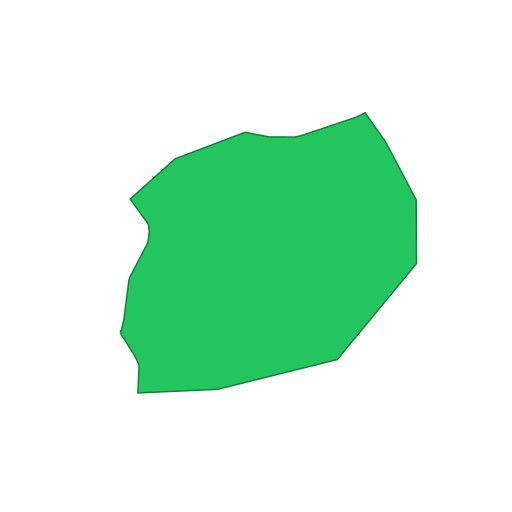 an SVG outline of Saint Philip, rotated 35°
{"feature_id": "BRB-1998", "entity_name": "Saint Philip", "entity_type": "Parish", "adm_level": 1, "iso_a3": "BRB", "parent_name": "Barbados", "parent_adm1": "", "projection": "robinson", "projection_center": [-59.481, 13.137], "detail": "fine", "context": "isolated", "style": "filled", "palette": "green", "viewbox_px": 512, "rotation_deg": 35, "n_neighbors": 0, "source": "natural_earth", "source_scale": "10m", "svg_char_len": 490}
<svg xmlns="http://www.w3.org/2000/svg" viewBox="0 0 512 512"><g transform="rotate(35 256 256)"><path d="M263.3,76.1L296.7,88.2L354.9,118.0L391.8,170.1L382.0,294.1L301.0,387.2L237.8,435.9L222.5,412.1L214.4,407.7L196.4,399.9L191.1,398.0L188.1,395.4L188.2,393.9L184.2,383.9L165.7,348.6L164.8,345.8L159.7,306.6L154.3,296.9L149.6,291.7L120.2,281.5L134.0,222.7L176.1,160.9L198.7,150.8L219.9,136.0L224.0,131.5L258.5,84.7L263.3,76.1Z" fill="#22c55e" stroke="#15803d" stroke-width="1.5"/></g></svg>